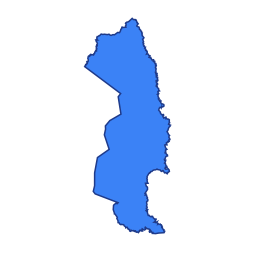 outline of Wassa Amenfi Central, Western, Ghana, rotated 353°
{"feature_id": "2480657B10255028610816", "entity_name": "Wassa Amenfi Central", "entity_type": "district", "adm_level": 2, "iso_a3": "GHA", "parent_name": "Ghana", "parent_adm1": "Western", "projection": "orthographic", "projection_center": [-2.243, 5.739], "detail": "fine", "context": "isolated", "style": "filled", "palette": "blue", "viewbox_px": 256, "rotation_deg": 353, "n_neighbors": 0, "source": "geoboundaries", "source_scale": "gbopen_adm2", "svg_char_len": 5925}
<svg xmlns="http://www.w3.org/2000/svg" viewBox="0 0 256 256"><g transform="rotate(353 128 128)"><path d="M109.0,223.0L109.6,222.8L110.0,223.1L111.3,223.2L112.0,223.6L112.3,224.6L113.6,225.9L113.6,226.7L114.3,226.4L115.2,226.5L115.3,227.4L115.8,227.8L115.8,228.4L117.3,229.0L117.0,229.9L117.1,230.4L118.1,230.9L118.9,230.0L119.6,230.5L121.1,230.5L121.3,231.1L121.9,231.4L121.7,230.9L122.7,230.9L123.9,232.5L124.8,232.4L124.6,232.0L125.5,233.1L126.7,232.0L126.8,231.2L127.6,230.8L128.5,231.8L129.7,232.0L129.3,230.8L129.8,229.8L131.5,231.3L133.1,230.8L132.7,229.3L133.1,228.6L134.0,229.6L135.7,230.8L136.3,230.7L137.4,231.4L137.6,232.2L136.9,232.4L136.5,233.4L136.8,234.1L137.6,234.0L138.5,233.4L139.1,235.1L139.4,234.7L140.0,234.7L140.1,235.7L142.5,236.2L145.5,236.0L151.0,236.3L151.7,235.3L151.5,235.1L151.7,234.8L150.9,234.3L151.3,233.4L149.9,232.1L150.0,230.5L149.4,230.5L149.6,229.4L150.2,229.4L149.3,229.0L149.3,228.2L148.5,227.9L148.3,227.3L147.1,227.5L146.1,226.4L145.9,226.6L146.0,226.2L144.8,225.3L145.4,224.6L143.6,225.2L143.3,224.7L142.5,224.6L143.7,223.8L143.8,223.1L144.5,222.6L144.8,221.9L143.7,221.6L143.4,221.9L142.0,220.0L141.6,218.7L140.8,218.5L140.1,219.0L138.5,217.8L138.4,217.3L137.4,217.2L136.9,214.1L137.1,213.0L136.3,212.9L135.9,212.2L137.0,212.0L137.6,211.4L136.5,210.8L136.4,209.9L137.1,209.6L137.4,208.9L136.8,207.7L137.5,206.4L137.3,204.7L137.6,203.2L138.6,202.9L139.0,201.9L138.8,200.9L138.3,200.2L138.8,199.4L138.4,198.7L138.2,196.8L136.9,196.6L137.7,195.5L136.9,195.0L139.9,191.3L140.1,189.4L140.0,188.9L139.1,188.2L138.6,185.0L141.1,185.3L140.6,183.9L140.6,181.8L140.9,181.3L140.5,180.5L141.0,179.6L141.0,178.5L143.3,175.5L143.7,175.5L144.0,175.0L144.8,175.0L145.2,174.0L146.5,174.0L147.4,173.2L148.8,172.8L150.4,172.9L151.8,172.3L152.2,172.8L154.8,173.6L155.7,175.1L156.4,175.2L157.1,174.5L157.7,174.6L158.8,177.0L159.9,176.9L161.3,178.2L161.9,177.4L161.9,177.0L162.5,176.9L163.8,176.1L163.6,174.4L162.8,173.3L160.4,173.5L159.8,172.7L160.3,171.6L162.0,171.7L161.7,170.5L161.1,170.2L160.8,167.8L160.0,167.3L160.9,166.2L161.5,164.6L160.4,164.5L160.3,163.5L160.9,163.3L162.0,161.1L162.9,160.6L163.8,160.6L163.9,159.7L162.7,158.2L162.6,157.7L161.9,157.3L162.4,156.8L162.0,156.5L162.8,155.3L162.5,154.9L162.6,154.4L163.3,153.8L163.9,153.8L162.9,152.2L162.4,149.4L163.2,149.2L164.6,149.5L164.5,148.1L164.2,147.8L164.4,147.2L165.1,147.1L165.6,146.7L166.2,146.8L166.1,146.2L167.2,146.2L167.0,145.1L168.0,144.8L168.2,144.4L167.8,144.1L168.1,143.8L167.4,142.1L168.0,140.6L168.3,140.4L167.3,139.2L167.3,138.5L166.3,136.4L167.3,135.2L168.5,132.5L170.0,131.3L169.9,130.3L170.2,130.2L168.7,129.3L169.1,128.4L170.0,127.9L169.7,127.1L170.0,124.9L169.4,124.2L168.2,124.0L167.5,123.3L166.8,123.4L167.1,121.9L166.7,121.8L164.8,122.5L164.7,121.6L164.0,121.1L164.3,120.1L165.0,119.6L164.9,119.2L164.5,118.8L163.7,119.3L162.8,118.6L161.9,116.9L162.1,116.3L160.6,114.0L161.5,112.1L162.3,111.4L163.2,111.5L163.4,112.1L164.2,110.5L164.7,111.3L165.5,111.1L166.2,110.8L166.5,109.7L166.3,109.0L164.9,108.2L164.3,108.3L163.5,106.5L164.0,105.3L163.1,105.2L163.1,104.5L162.8,104.7L162.8,104.3L162.2,104.0L162.2,103.4L161.7,102.9L161.8,102.4L162.4,102.3L161.7,100.6L161.8,98.4L161.3,98.1L162.0,97.6L162.3,97.8L162.0,97.9L162.2,98.2L162.6,97.7L162.0,95.7L162.7,95.2L163.7,95.0L163.0,94.2L163.3,93.1L161.8,90.7L162.0,90.3L161.2,90.1L161.1,89.8L161.6,88.6L162.0,88.9L162.1,88.4L162.8,88.0L162.6,87.4L161.7,86.6L161.7,85.6L162.0,86.0L162.4,85.5L161.9,85.2L162.0,84.6L162.3,84.3L163.4,84.5L163.5,84.1L163.1,83.6L163.4,82.8L162.9,81.4L163.3,81.2L162.4,80.7L162.9,80.4L162.7,79.9L163.5,79.2L163.2,78.6L162.7,78.6L163.5,77.4L163.2,77.1L162.3,77.5L162.0,76.1L162.3,76.1L162.7,75.1L162.6,73.8L163.2,72.8L162.7,72.0L162.6,71.3L163.2,70.7L162.9,69.9L163.1,69.5L164.1,69.8L163.1,68.8L163.6,68.2L163.5,67.7L163.0,67.9L162.4,66.5L162.7,66.0L162.6,65.0L162.2,65.0L162.0,65.5L161.4,65.1L161.8,64.7L161.3,64.5L161.3,64.0L161.7,63.8L161.7,63.4L161.4,63.3L161.2,63.6L160.0,63.3L159.2,60.9L158.8,61.1L158.6,60.7L158.5,60.9L157.6,60.5L158.2,60.0L158.6,58.9L157.9,58.7L157.7,58.9L157.0,57.1L155.9,56.7L155.5,56.8L156.3,55.5L156.3,54.8L155.9,54.3L156.2,54.1L155.6,53.0L155.0,53.0L155.0,51.6L154.3,51.0L154.9,50.2L154.6,50.2L154.4,49.1L154.1,49.0L154.3,48.8L153.3,47.3L153.9,46.2L153.2,45.4L153.3,44.8L154.0,44.4L153.3,41.6L154.2,41.3L154.8,40.2L153.4,38.2L153.6,37.6L153.3,37.3L153.4,36.2L153.7,35.5L153.2,35.2L153.2,33.8L152.7,33.5L152.4,32.3L151.4,31.5L151.5,30.5L151.2,29.2L149.3,28.2L149.3,27.4L150.8,25.8L149.8,24.7L150.1,24.3L149.6,23.7L149.3,21.9L148.6,21.9L148.5,21.3L146.5,21.0L145.5,19.7L142.1,22.2L140.6,22.8L139.6,22.8L138.5,23.5L138.3,24.0L138.7,24.3L138.6,25.8L138.0,26.3L138.2,27.7L135.4,27.6L134.5,27.1L134.2,27.2L133.8,28.6L133.0,29.1L132.2,31.0L131.2,32.3L129.4,31.9L126.0,33.8L124.4,33.5L122.6,34.0L121.8,33.8L120.6,32.6L118.9,32.8L115.9,32.0L114.5,32.1L112.8,31.5L111.0,32.9L110.6,32.8L108.9,33.7L108.5,33.6L107.9,35.0L108.2,35.6L108.1,36.5L107.7,36.5L108.4,37.0L107.2,37.1L106.8,37.5L107.2,37.9L107.2,38.6L107.6,38.9L107.9,40.4L107.6,41.3L107.3,41.4L107.6,42.2L107.2,42.9L106.7,42.6L106.3,43.3L106.5,44.8L106.3,45.0L106.7,45.4L106.3,46.5L105.7,46.8L106.1,47.2L106.1,47.7L105.3,47.7L104.8,48.1L104.2,48.8L104.1,49.6L103.2,50.1L103.1,50.8L102.8,50.8L102.6,51.3L101.3,50.8L100.4,51.0L100.4,50.7L99.8,50.8L99.7,50.5L99.2,50.8L99.1,51.5L98.7,51.5L98.5,52.1L97.9,51.7L97.3,52.1L96.6,54.1L96.9,55.0L96.7,56.8L96.3,57.2L95.4,57.0L95.1,57.4L95.7,58.4L95.4,59.1L94.8,59.2L94.5,59.9L93.7,59.8L93.4,61.1L92.8,61.3L92.9,61.7L92.6,61.9L124.9,92.9L122.1,95.8L122.7,113.4L110.9,118.4L105.8,123.2L105.6,126.4L103.7,131.9L106.7,146.9L94.1,153.6L89.4,168.5L87.8,181.3L85.8,186.7L87.4,189.4L109.1,200.9L108.1,201.8L106.6,201.3L104.5,202.7L104.2,203.1L103.4,207.2L104.1,210.6L104.0,211.6L104.7,211.9L106.5,215.4L105.9,216.4L106.8,218.8L106.6,220.7L107.6,221.0L108.1,222.3L109.0,223.0Z" fill="#3b82f6" stroke="#1e3a8a" stroke-width="1.5"/></g></svg>